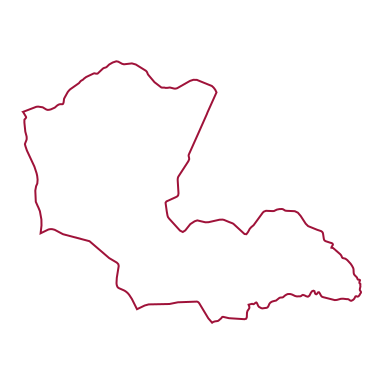 the border of Dornod
{"feature_id": "MNG-3332", "entity_name": "Dornod", "entity_type": "Province", "adm_level": 1, "iso_a3": "MNG", "parent_name": "Mongolia", "parent_adm1": "", "projection": "orthographic", "projection_center": [116.608, 48.287], "detail": "fine", "context": "isolated", "style": "outline", "palette": "rose", "viewbox_px": 384, "rotation_deg": 0, "n_neighbors": 0, "source": "natural_earth", "source_scale": "10m", "svg_char_len": 4227}
<svg xmlns="http://www.w3.org/2000/svg" viewBox="0 0 384 384"><path d="M216.5,92.4L207.5,112.4L206.9,114.0L197.9,134.3L188.8,154.6L188.6,155.7L189.1,158.0L189.2,159.2L188.3,161.3L178.3,176.7L177.9,177.8L177.7,179.1L177.7,180.4L178.5,193.4L178.1,195.5L176.8,196.7L166.5,201.4L165.6,202.6L165.6,203.2L166.8,211.7L167.5,215.6L168.0,217.1L169.1,218.6L180.0,230.6L182.8,232.0L185.3,230.4L190.3,224.1L194.6,221.3L197.3,220.4L205.4,222.3L208.5,222.2L219.6,219.7L222.6,219.6L224.0,219.9L229.3,222.1L232.5,223.3L233.5,223.9L244.5,234.0L246.4,234.2L248.1,231.9L249.7,228.9L251.2,227.2L253.6,225.2L262.8,212.6L263.9,211.6L266.0,210.8L272.9,211.1L274.0,211.0L276.9,209.6L279.4,209.1L282.0,209.0L283.1,209.3L285.2,210.6L286.4,210.8L294.8,211.2L297.9,212.7L300.7,216.0L305.7,223.7L308.1,226.1L317.2,229.8L321.1,231.1L322.2,231.9L322.8,232.8L323.1,234.1L323.8,238.7L324.1,239.8L324.7,240.6L325.7,241.2L329.9,242.6L331.7,243.1L332.5,243.6L332.9,244.5L332.7,245.2L331.7,246.7L331.4,247.7L333.2,248.1L340.3,254.3L340.9,255.0L341.6,256.2L342.0,257.3L342.6,258.0L345.4,258.7L347.3,260.1L350.6,263.7L351.9,265.6L353.1,267.8L353.5,269.1L353.7,273.0L353.9,273.7L354.0,274.1L354.1,274.4L354.8,275.3L356.3,276.8L357.0,277.6L357.2,278.2L357.4,278.7L357.6,279.2L358.0,279.6L358.5,279.7L359.2,279.7L359.8,279.9L360.0,280.3L359.8,281.0L359.5,281.5L359.4,282.0L359.4,282.8L359.5,283.2L359.7,283.4L359.9,283.6L360.2,283.7L360.4,284.0L360.4,284.3L360.3,284.7L360.3,285.2L360.4,286.6L359.9,288.7L359.8,289.9L360.0,290.4L360.8,291.6L361.0,292.1L360.9,292.7L360.6,293.2L360.3,293.6L359.5,295.1L358.8,296.0L357.9,296.6L357.1,296.6L356.2,296.2L355.5,296.4L355.0,297.2L354.4,298.5L353.8,299.2L352.9,300.0L351.9,300.5L351.1,300.8L350.2,300.5L348.5,299.3L347.6,299.1L346.4,299.1L343.0,298.7L340.9,298.8L336.9,299.9L334.8,300.1L323.3,297.2L322.1,296.8L321.1,295.8L319.7,293.2L318.9,292.2L318.0,292.4L316.9,293.9L316.2,294.3L315.5,294.0L315.0,293.2L314.7,292.1L314.4,291.1L313.4,290.7L312.1,291.2L311.0,292.6L309.4,295.7L307.9,296.7L306.3,296.3L304.6,295.4L302.9,294.9L302.3,295.1L301.1,296.0L300.4,296.3L296.8,296.4L295.1,296.0L292.2,294.6L290.6,294.1L289.1,294.0L287.6,294.1L286.3,294.7L284.9,295.6L283.2,297.1L282.6,297.4L280.2,297.6L279.4,297.9L276.0,300.6L274.5,300.9L272.3,301.5L271.3,302.0L270.3,302.7L269.4,303.8L268.3,306.3L267.6,307.3L266.7,307.8L262.2,308.4L261.2,308.1L259.0,306.9L258.2,305.9L257.0,303.2L256.4,302.5L255.8,302.6L253.8,304.1L253.4,304.2L252.9,304.1L252.1,303.8L248.6,304.7L249.3,306.7L249.4,307.7L249.1,308.6L247.5,310.9L247.0,312.7L246.8,317.2L246.2,318.7L244.5,319.2L229.0,318.2L223.3,316.9L222.6,316.9L222.1,317.1L221.2,318.3L218.4,320.7L217.7,321.0L214.9,321.4L213.1,322.0L212.1,322.7L208.3,318.3L199.2,303.2L198.5,302.4L197.8,301.9L196.9,301.6L177.9,302.3L169.4,304.0L148.7,304.4L144.7,305.5L137.0,309.2L131.9,299.0L129.3,295.0L128.0,293.4L126.7,292.2L125.4,291.2L124.0,290.4L119.0,288.2L118.3,287.8L117.6,287.1L117.1,286.1L116.7,284.8L116.5,283.1L116.8,277.8L118.7,266.0L118.3,264.2L117.7,263.5L116.8,262.6L109.2,258.1L89.5,241.2L63.0,234.2L54.7,229.8L52.4,229.2L51.1,229.1L49.8,229.2L48.4,229.5L40.6,233.3L41.5,225.5L41.4,219.5L39.9,211.2L38.3,207.3L37.8,206.3L35.8,201.8L35.3,190.6L36.1,186.2L37.3,183.5L37.6,179.7L37.2,176.0L36.6,173.3L34.4,166.6L26.9,150.5L25.5,146.4L24.9,144.1L25.4,142.7L26.6,139.6L26.7,138.2L26.6,136.5L25.3,131.6L24.4,122.7L24.4,119.8L24.6,119.4L24.8,119.2L25.5,118.5L25.9,117.9L26.1,117.6L26.1,117.3L26.0,116.8L23.2,112.1L23.0,111.9L36.3,106.8L38.1,106.6L42.7,107.3L46.3,109.5L47.6,109.9L49.0,109.8L50.8,109.4L54.8,107.6L57.3,105.4L58.3,104.8L59.2,104.4L60.2,104.2L62.4,104.2L63.1,103.8L63.6,102.4L63.9,100.1L64.0,99.0L64.5,97.9L67.7,92.1L68.9,90.6L70.2,89.3L79.0,83.1L80.2,81.6L80.9,80.9L83.2,79.5L83.9,78.7L86.2,77.0L93.6,73.5L94.4,73.3L96.2,73.7L97.1,73.7L97.7,73.5L103.0,68.5L103.9,68.0L105.6,67.5L106.5,67.1L109.2,64.5L112.7,62.5L116.3,61.3L118.3,61.7L122.1,63.8L124.0,64.3L131.9,63.4L135.8,64.5L145.8,70.7L146.6,71.5L147.1,72.3L147.9,74.3L148.5,75.1L154.5,82.2L161.1,87.3L161.9,87.6L164.5,87.6L165.5,87.9L167.0,87.9L169.9,87.5L174.3,88.6L175.7,88.6L177.2,88.2L190.0,80.9L193.4,79.8L196.9,79.9L200.3,81.3L211.9,86.0L213.6,87.6L215.2,89.7L216.5,92.4Z" fill="none" stroke="#9f1239" stroke-width="2"/></svg>